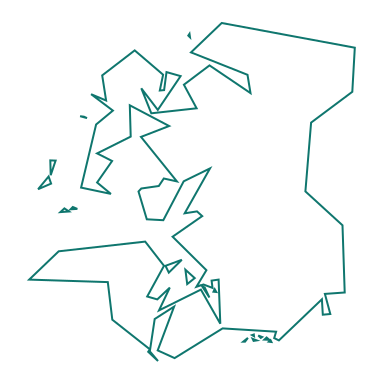 the district of Belmullet-Lea-3, Mayo, Ireland
{"feature_id": "5873133B47562740874876", "entity_name": "Belmullet-Lea-3", "entity_type": "district", "adm_level": 2, "iso_a3": "IRL", "parent_name": "Ireland", "parent_adm1": "Mayo", "projection": "albers", "projection_center": [-9.902, 54.113], "detail": "medium", "context": "isolated", "style": "outline", "palette": "teal", "viewbox_px": 384, "rotation_deg": 0, "n_neighbors": 0, "source": "geoboundaries", "source_scale": "gbopen_adm2", "svg_char_len": 1884}
<svg xmlns="http://www.w3.org/2000/svg" viewBox="0 0 384 384"><path d="M344.7,292.5L342.5,225.3L305.4,191.4L311.1,122.6L352.3,91.8L354.8,47.7L221.7,23.0L191.0,52.4L247.5,74.8L250.5,93.1L209.5,65.4L183.9,84.7L196.6,108.3L151.3,113.3L141.3,88.3L157.8,109.9L180.6,76.1L166.5,72.1L164.1,90.1L159.8,90.5L163.1,74.7L134.7,50.4L102.2,75.4L106.1,100.5L91.1,94.2L112.9,110.6L96.1,124.5L81.1,187.6L110.9,193.9L97.1,182.5L112.1,161.0L97.1,153.4L130.7,136.6L129.8,105.3L169.1,126.0L141.0,136.9L176.9,181.4L163.8,178.5L158.8,186.0L141.3,188.5L138.5,191.5L146.8,219.3L163.3,220.2L183.7,181.3L210.0,168.4L184.7,213.3L197.0,211.4L202.2,216.1L172.6,236.7L206.4,270.2L196.4,286.8L203.5,284.5L212.5,287.9L211.6,280.6L218.6,279.6L220.3,323.7L200.9,289.6L159.0,310.4L169.8,287.6L157.3,299.4L147.2,296.5L164.0,265.8L145.2,241.6L58.7,251.3L29.2,279.6L107.8,282.1L112.3,319.7L150.1,349.5L154.7,319.0L174.1,306.6L157.7,350.4L174.6,358.1L222.6,328.4L276.1,331.7L274.2,338.1L278.9,340.4L321.9,299.3L322.8,314.7L330.3,314.0L324.9,293.9L344.7,292.5ZM168.8,272.6L181.8,259.8L165.5,265.8L168.8,272.6ZM194.7,278.1L185.4,269.7L187.2,284.1L194.7,278.1ZM50.7,175.2L55.6,160.6L50.3,160.4L50.7,175.2ZM51.1,183.6L48.6,176.5L38.1,189.2L51.1,183.6ZM158.0,361.0L149.1,350.5L148.2,351.8L158.0,361.0ZM204.7,287.5L209.4,297.5L202.1,286.2L204.7,287.5ZM69.0,211.5L64.4,208.4L60.4,212.1L69.0,211.5ZM245.0,341.7L247.9,337.9L243.2,341.7L245.0,341.7ZM84.0,116.7L80.1,116.2L87.0,118.1L84.0,116.7ZM77.3,208.9L72.8,207.0L70.6,209.3L77.3,208.9ZM266.6,337.5L264.4,339.6L269.3,339.8L266.6,337.5ZM254.0,336.2L253.8,334.5L252.1,335.1L254.0,336.2ZM258.3,335.5L260.8,337.9L262.1,337.0L258.3,335.5ZM253.6,340.9L256.7,340.4L252.6,338.8L253.6,340.9ZM190.0,37.3L189.5,33.8L188.3,35.6L190.0,37.3ZM271.4,342.0L270.5,340.2L268.9,341.7L271.4,342.0ZM216.3,292.0L214.7,289.2L213.5,291.7L216.3,292.0Z" fill="none" stroke="#0f766e" stroke-width="2"/></svg>